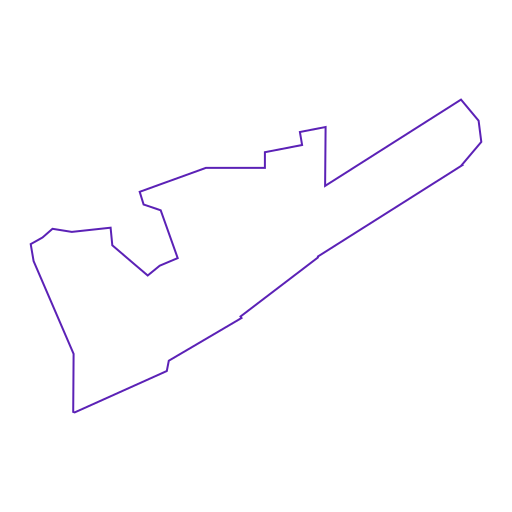 55, Ar Rayyān, Qatar (Natural Earth projection)
{"feature_id": "91078587B56593237076105", "entity_name": "55", "entity_type": "district", "adm_level": 2, "iso_a3": "QAT", "parent_name": "Qatar", "parent_adm1": "Ar Rayyān", "projection": "natural_earth1", "projection_center": [51.389, 25.225], "detail": "fine", "context": "isolated", "style": "outline", "palette": "violet", "viewbox_px": 512, "rotation_deg": 0, "n_neighbors": 0, "source": "geoboundaries", "source_scale": "gbopen_adm2", "svg_char_len": 573}
<svg xmlns="http://www.w3.org/2000/svg" viewBox="0 0 512 512"><path d="M73.2,411.9L74.7,412.4L166.8,371.0L168.8,360.7L241.5,318.0L240.5,316.5L317.9,257.5L317.9,256.5L412.8,196.5L435.4,182.2L462.1,165.3L461.7,165.1L481.3,141.9L478.6,120.7L461.0,99.6L325.1,185.9L325.6,127.0L299.9,132.0L302.1,145.0L264.9,152.2L264.9,167.9L205.8,167.9L139.7,191.8L143.6,204.5L160.7,210.3L177.7,258.1L159.7,265.7L147.7,275.5L133.7,263.6L112.3,245.3L110.6,227.7L71.8,231.9L52.5,228.8L42.5,237.5L30.7,244.1L33.6,261.1L73.6,353.9L73.2,411.9Z" fill="none" stroke="#5b21b6" stroke-width="2"/></svg>